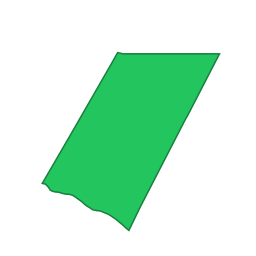 the district of Pedra Grande, Rio Grande do Norte, Brazil, rotated 197°
{"feature_id": "56859067B93684977635333", "entity_name": "Pedra Grande", "entity_type": "district", "adm_level": 2, "iso_a3": "BRA", "parent_name": "Brazil", "parent_adm1": "Rio Grande do Norte", "projection": "equal_earth", "projection_center": [-35.857, -5.148], "detail": "fine", "context": "isolated", "style": "filled", "palette": "green", "viewbox_px": 256, "rotation_deg": 197, "n_neighbors": 0, "source": "geoboundaries", "source_scale": "gbopen_adm2", "svg_char_len": 636}
<svg xmlns="http://www.w3.org/2000/svg" viewBox="0 0 256 256"><g transform="rotate(197 128 128)"><path d="M159.9,197.1L162.9,183.6L181.6,102.0L193.8,49.9L190.5,50.2L186.9,48.2L184.1,45.8L181.4,45.4L178.6,45.6L175.7,46.3L171.3,46.3L168.0,46.6L164.9,47.4L161.4,47.5L158.1,46.6L155.0,45.5L151.9,44.5L149.5,43.5L147.1,42.3L144.0,41.2L141.6,40.7L138.0,39.5L133.4,39.9L130.2,40.6L127.7,40.3L124.6,40.0L121.7,39.8L119.0,39.1L116.2,38.2L113.4,37.4L110.6,36.2L107.8,35.0L104.8,33.8L101.0,31.9L97.2,30.3L93.3,55.4L75.5,153.8L74.7,156.9L62.2,225.7L93.8,216.0L154.3,197.5L159.9,197.1Z" fill="#22c55e" stroke="#15803d" stroke-width="1.5"/></g></svg>